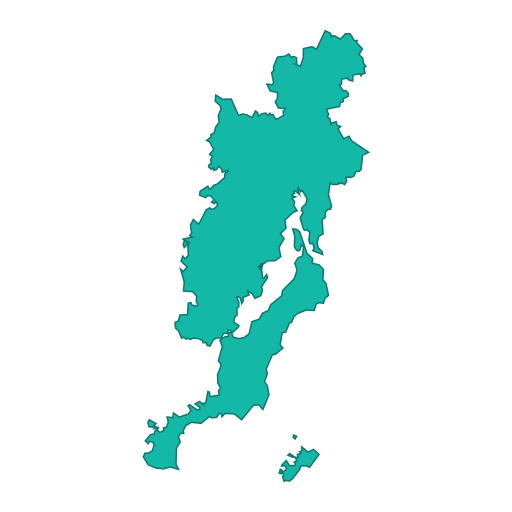 outline of Stereas Elladas, Stereá Elláda, Greece, rotated 90°
{"feature_id": "26713481B15414951167649", "entity_name": "Stereas Elladas", "entity_type": "district", "adm_level": 2, "iso_a3": "GRC", "parent_name": "Greece", "parent_adm1": "Stereá Elláda", "projection": "natural_earth1", "projection_center": [23.323, 38.611], "detail": "fine", "context": "isolated", "style": "filled", "palette": "teal", "viewbox_px": 512, "rotation_deg": 90, "n_neighbors": 0, "source": "geoboundaries", "source_scale": "gbopen_adm2", "svg_char_len": 6117}
<svg xmlns="http://www.w3.org/2000/svg" viewBox="0 0 512 512"><g transform="rotate(90 256 256)"><path d="M33.8,161.8L33.7,166.4L39.1,171.8L36.0,176.9L35.7,179.5L37.0,180.8L33.4,181.3L30.7,186.8L49.2,195.5L46.7,200.0L48.6,208.6L57.8,208.7L66.3,211.7L64.1,216.8L63.9,215.2L57.7,215.5L56.5,218.4L57.2,220.7L54.0,223.3L56.1,226.7L57.1,234.6L66.7,238.5L70.3,238.2L72.7,240.4L83.2,238.3L84.7,240.2L84.1,245.1L90.9,241.8L92.5,234.5L98.7,234.6L101.8,236.8L108.0,233.6L108.3,226.6L111.8,229.0L115.0,228.2L118.8,234.1L119.1,236.4L114.4,239.1L114.9,241.5L113.2,242.1L115.4,244.2L113.1,246.0L113.7,250.1L116.1,253.6L112.6,254.4L111.0,256.6L117.6,260.0L114.7,265.4L114.0,269.4L115.4,273.5L99.0,280.8L99.3,289.3L95.1,296.2L101.2,296.8L106.1,291.4L109.1,291.0L115.9,293.8L122.3,292.8L126.7,296.2L132.7,297.8L134.7,301.3L136.9,300.7L140.4,305.4L141.8,302.4L149.4,298.3L154.3,302.4L156.3,299.5L159.5,301.4L164.1,300.6L164.3,302.7L167.0,303.4L169.3,300.7L167.8,298.5L170.3,298.1L169.6,295.4L166.3,293.5L169.0,290.3L172.2,289.9L170.2,284.1L172.4,284.5L172.7,286.5L174.4,287.3L177.5,287.2L184.2,295.1L185.4,298.5L188.7,301.3L188.9,302.9L186.2,304.1L191.2,311.9L195.2,312.4L197.7,306.3L195.3,304.3L196.4,300.7L199.8,298.0L202.2,300.5L203.8,297.5L201.1,296.1L205.1,294.3L208.8,297.9L209.3,300.7L207.8,302.1L209.8,305.8L224.2,313.2L219.5,318.7L225.2,321.6L232.8,320.4L235.6,322.2L237.1,319.6L239.1,328.9L240.3,327.4L244.4,328.9L247.6,327.8L244.3,324.6L241.1,325.9L242.6,322.7L246.4,324.1L255.2,323.6L258.9,327.0L256.1,329.1L261.0,331.0L267.1,324.8L271.4,328.9L269.1,331.4L282.2,327.7L291.0,328.6L291.7,319.3L296.2,315.3L301.2,315.8L304.2,314.2L305.9,314.7L305.8,316.8L305.3,319.8L302.5,321.2L303.0,323.7L314.7,324.5L314.9,332.0L321.2,333.8L322.3,337.0L328.0,336.5L331.0,333.4L338.2,330.4L337.3,328.2L339.2,325.7L338.3,324.3L339.4,321.6L338.2,319.1L338.6,313.5L340.5,309.5L342.7,309.0L342.6,305.4L345.4,304.9L346.2,302.1L340.1,298.8L338.0,295.8L337.9,290.4L333.3,288.7L333.5,284.8L329.7,284.0L330.5,281.2L332.3,281.3L332.2,279.0L327.1,273.6L325.6,273.1L322.0,278.3L317.1,277.2L315.1,274.9L308.1,275.1L307.0,273.2L302.2,273.1L297.2,275.3L296.5,273.9L298.3,271.6L303.5,270.3L300.3,268.5L297.6,269.1L294.9,263.0L291.0,264.3L293.7,259.8L298.4,257.0L295.7,251.3L290.8,249.5L286.6,250.4L277.7,244.4L274.6,245.4L278.1,248.2L277.8,249.5L271.5,250.0L266.6,253.6L265.9,252.2L268.7,250.2L265.8,249.7L266.7,251.4L265.5,252.0L263.6,250.8L263.6,248.8L264.7,250.1L265.2,250.3L260.9,244.4L260.7,236.9L256.7,231.2L247.5,233.1L238.7,227.9L233.7,231.6L228.1,225.9L220.1,227.1L212.3,218.8L210.8,214.9L205.5,218.2L201.6,217.4L198.3,220.2L196.8,216.5L195.8,219.4L194.3,219.7L193.3,217.3L191.2,218.1L191.0,216.5L194.6,212.4L189.1,214.3L187.6,213.8L191.8,211.3L190.2,209.9L198.8,204.9L203.9,206.1L207.3,209.8L210.4,210.6L212.4,208.8L217.8,211.9L229.0,208.6L230.2,207.5L229.9,204.9L232.4,202.2L240.1,203.2L243.8,202.0L243.3,199.2L248.3,197.8L250.7,199.3L254.5,189.3L251.8,189.8L247.5,193.9L242.5,194.9L236.2,193.1L233.9,188.9L219.4,189.9L217.5,186.7L212.0,186.6L209.2,183.9L209.4,181.6L206.4,180.4L194.2,183.6L183.0,181.8L184.5,179.6L184.4,174.0L182.9,173.5L183.7,171.6L182.7,170.4L184.7,167.4L181.1,165.3L176.9,166.2L177.5,161.3L176.1,158.1L171.5,156.0L171.3,152.7L169.4,150.9L155.1,149.4L152.3,143.3L140.8,160.4L136.2,163.0L138.7,168.4L128.7,174.0L126.6,171.3L125.0,175.2L121.7,175.8L122.7,179.6L124.4,180.9L118.6,182.1L117.0,184.7L114.4,183.3L109.2,185.5L106.5,172.5L102.4,171.6L101.7,168.8L98.7,168.8L96.4,163.8L93.5,163.5L90.4,166.4L91.1,168.1L89.9,169.6L84.7,172.4L84.2,170.5L79.1,170.3L78.2,164.4L79.7,163.8L81.1,159.4L75.1,158.9L73.7,152.5L75.9,150.9L74.2,150.2L73.3,146.9L67.7,148.1L66.3,146.1L62.8,148.8L58.4,149.1L54.4,153.0L48.8,149.6L42.6,155.4L40.5,154.9L40.9,157.5L33.8,161.8ZM295.5,183.5L283.5,186.0L279.8,189.1L269.6,188.5L264.9,192.9L263.1,199.8L258.7,199.3L253.1,205.1L231.8,212.3L229.3,215.6L228.9,219.4L236.5,217.1L246.5,217.7L249.8,215.8L251.0,214.0L250.0,212.0L244.9,210.7L247.1,208.4L256.4,209.8L257.6,213.8L263.2,217.2L270.2,214.9L278.8,217.9L290.5,229.4L295.8,230.3L304.6,241.1L310.6,243.8L313.1,249.4L319.1,252.7L321.7,260.1L333.9,262.9L337.4,267.7L338.6,273.0L337.1,279.1L333.0,280.2L332.2,283.4L336.6,283.7L336.8,287.0L340.2,292.0L346.4,289.7L360.9,293.7L363.9,291.2L366.9,291.3L374.7,294.5L383.0,294.1L388.1,291.5L390.7,293.6L395.1,292.7L396.6,301.9L392.1,302.6L391.5,304.1L403.2,306.3L403.3,308.8L405.0,308.5L401.5,312.3L403.9,316.9L407.4,312.1L409.5,312.4L410.1,314.6L404.7,322.3L405.6,323.9L410.4,321.2L413.9,323.4L417.1,332.7L413.0,338.6L417.6,339.0L417.0,344.9L422.2,343.7L427.2,345.6L427.8,348.5L430.5,348.2L432.5,352.1L430.2,354.5L431.1,357.0L434.0,357.9L434.6,361.4L441.0,366.7L443.7,363.7L441.4,362.6L442.3,359.0L445.3,357.8L450.8,359.8L453.0,363.2L453.2,367.1L456.9,368.7L464.8,363.7L468.0,356.1L468.9,348.7L467.0,341.8L469.4,333.4L464.3,336.0L447.8,335.5L442.1,331.8L436.4,333.6L433.4,331.3L433.4,328.2L431.2,329.0L425.7,326.3L422.3,320.7L423.3,310.9L416.4,302.4L417.9,300.4L417.4,295.4L413.3,292.8L414.1,290.5L416.7,290.0L413.5,287.1L413.9,277.6L419.8,270.4L405.1,258.4L405.0,253.0L409.5,249.1L394.7,243.0L385.6,244.8L381.6,247.5L373.6,244.6L369.2,245.8L354.9,239.7L354.1,236.3L348.0,229.1L344.9,231.9L332.8,229.8L332.2,226.4L323.0,222.5L322.2,220.4L316.8,218.1L313.7,214.8L310.0,205.8L310.5,197.7L304.0,195.8L302.6,192.7L303.3,188.5L298.3,187.2L295.5,183.5ZM465.9,211.5L466.0,205.2L467.4,202.5L454.4,193.0L449.4,198.4L452.1,204.0L446.9,210.3L450.8,210.1L451.7,212.4L453.3,211.1L454.5,214.6L457.7,214.0L457.2,216.6L461.0,215.3L462.1,217.9L463.9,216.4L465.5,217.2L465.6,222.6L460.5,225.7L465.1,230.2L466.0,230.5L465.9,226.7L469.1,225.5L472.9,230.0L474.5,228.2L476.9,229.4L481.3,227.9L480.4,226.3L481.1,222.7L479.0,219.7L469.4,212.2L465.9,211.5ZM426.7,363.0L427.2,359.6L423.6,356.0L419.8,362.6L422.3,364.2L426.7,363.0ZM455.2,224.1L457.1,219.7L457.3,217.2L453.5,222.3L455.2,224.1ZM437.3,218.9L439.0,217.0L436.4,215.3L435.0,218.2L437.3,218.9ZM427.7,353.6L426.5,356.9L428.7,358.3L429.0,354.2L427.7,353.6ZM473.8,231.2L470.5,229.8L469.3,231.7L473.2,232.8L473.8,231.2Z" fill="#14b8a6" stroke="#0f766e" stroke-width="1.5"/></g></svg>